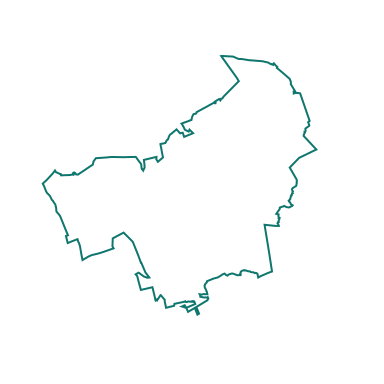 the district of Colón, Querétaro, Mexico, rotated 69°
{"feature_id": "50627088B94679660634187", "entity_name": "Colón", "entity_type": "district", "adm_level": 2, "iso_a3": "MEX", "parent_name": "Mexico", "parent_adm1": "Querétaro", "projection": "mercator", "projection_center": [-100.086, 20.75], "detail": "fine", "context": "isolated", "style": "outline", "palette": "teal", "viewbox_px": 384, "rotation_deg": 69, "n_neighbors": 0, "source": "geoboundaries", "source_scale": "gbopen_adm2", "svg_char_len": 5737}
<svg xmlns="http://www.w3.org/2000/svg" viewBox="0 0 384 384"><g transform="rotate(69 192 192)"><path d="M134.7,59.7L126.9,61.1L124.4,60.2L124.2,60.2L121.3,60.3L113.0,64.7L106.6,68.3L105.8,67.5L103.9,68.5L101.3,69.4L102.4,70.7L101.2,71.5L101.4,71.9L100.2,73.2L98.5,74.4L95.1,79.5L90.7,88.7L90.2,89.7L90.2,89.8L90.1,90.2L89.9,90.4L89.9,90.6L85.5,98.2L84.8,100.2L84.4,100.9L82.9,102.5L81.5,103.9L80.3,105.1L75.9,114.9L75.6,116.0L100.9,109.4L103.6,108.9L105.3,108.6L114.1,128.0L115.0,129.6L115.3,129.8L115.5,130.0L115.6,130.8L115.5,131.3L115.3,131.6L115.4,131.8L115.9,132.1L116.0,132.2L116.5,132.4L116.7,132.7L116.0,132.9L115.2,133.1L114.9,133.3L115.8,138.2L116.2,138.1L116.3,137.9L116.5,137.8L117.0,137.9L117.6,138.3L117.4,138.8L117.1,139.1L117.0,139.3L116.5,139.6L119.1,159.1L119.4,159.2L119.6,159.5L119.8,159.6L120.2,160.0L120.2,161.0L119.9,161.7L119.8,162.3L119.9,162.7L120.7,163.7L121.9,164.9L123.6,166.1L124.5,166.7L124.4,166.9L124.4,167.6L124.5,167.6L124.5,168.7L124.5,170.3L124.5,172.0L124.4,173.6L124.4,175.4L124.4,177.2L124.9,177.0L126.0,176.9L127.7,176.6L131.4,176.3L134.4,173.5L132.9,172.0L137.5,169.9L137.7,179.6L133.4,179.4L133.0,181.0L133.0,182.1L128.0,184.0L130.1,190.1L130.6,192.0L131.8,193.5L134.2,195.5L134.7,197.1L136.7,199.3L136.3,202.0L135.9,204.2L135.9,204.3L137.9,204.7L139.3,204.9L142.5,205.5L144.0,205.8L149.3,206.7L149.9,208.2L150.4,209.8L151.0,211.4L151.6,213.0L149.8,213.4L148.7,213.6L146.5,212.6L144.8,225.4L145.5,225.6L149.6,226.6L152.2,227.5L154.5,229.9L153.0,230.2L153.0,230.3L152.7,230.6L151.2,230.4L148.5,229.6L146.6,229.7L145.1,230.3L140.9,231.4L139.1,231.9L134.9,243.6L130.4,254.7L129.1,259.5L126.0,269.6L128.1,272.9L130.9,274.8L131.7,278.6L132.0,279.8L132.1,280.1L132.4,281.6L132.8,283.1L133.2,284.8L133.5,286.2L133.8,287.7L134.4,290.2L134.9,292.3L134.0,293.9L133.9,293.9L133.4,294.0L132.5,294.2L131.5,295.1L131.5,295.9L131.8,296.3L132.0,296.4L132.1,296.0L132.6,296.0L133.0,296.1L133.4,296.2L133.4,296.5L132.9,296.5L132.5,299.3L132.5,299.6L129.5,308.3L129.1,308.2L128.2,308.1L128.1,308.6L125.8,310.7L125.3,311.3L124.9,311.8L122.8,312.2L124.8,315.3L128.6,323.1L130.7,328.3L133.9,328.0L137.5,328.0L138.7,328.0L140.9,327.7L143.3,326.6L145.0,326.0L145.7,325.9L147.3,325.8L148.9,325.7L150.4,325.0L152.3,324.7L154.6,324.1L158.0,324.5L159.4,324.9L161.3,325.5L161.9,325.5L164.1,324.7L165.9,324.1L167.0,323.8L174.8,323.6L181.4,323.5L187.9,323.3L187.9,325.4L192.5,326.0L195.1,326.3L195.1,324.7L195.0,322.3L195.0,321.3L195.0,320.3L195.0,319.8L195.0,319.3L195.0,318.3L195.0,317.3L195.0,316.9L195.0,315.8L195.5,315.8L196.6,315.9L197.4,316.0L199.8,315.8L200.3,315.9L200.7,315.9L202.5,316.0L210.5,317.6L216.3,318.6L215.1,311.5L215.0,308.0L215.7,302.9L216.0,299.8L216.2,295.9L216.5,285.4L214.6,285.7L214.1,285.7L206.9,282.6L205.4,270.4L216.8,265.3L217.7,265.2L217.9,265.1L231.8,264.9L239.8,265.0L239.8,264.7L250.5,264.3L256.5,262.5L256.0,264.5L255.9,264.5L255.7,264.7L253.8,267.1L248.2,270.7L248.5,273.2L248.7,274.1L250.9,273.3L257.0,274.0L265.1,274.8L266.2,266.9L266.4,265.4L266.7,263.1L268.0,263.2L277.5,264.5L278.0,264.6L278.3,264.6L278.5,264.7L278.9,264.7L279.3,264.8L280.1,264.9L280.4,264.9L280.4,264.1L280.0,263.1L279.5,262.8L279.5,262.7L280.2,262.8L279.7,262.1L279.3,261.5L277.0,258.3L277.0,258.2L278.3,257.7L279.4,257.3L280.6,256.9L282.3,256.3L282.9,256.1L284.0,256.6L290.8,257.7L291.8,249.4L290.1,248.5L291.3,241.1L291.6,239.1L291.9,238.0L291.6,238.0L291.6,237.5L292.2,237.4L292.9,236.3L292.8,234.8L293.8,232.9L294.0,232.4L293.9,231.9L294.4,231.5L294.1,231.2L294.1,230.7L294.4,230.5L294.3,230.1L295.1,229.9L295.1,229.1L297.7,229.1L298.1,238.8L295.1,239.4L295.1,240.4L295.3,241.8L295.3,242.4L298.1,238.9L302.5,238.6L301.2,230.9L308.4,230.9L308.1,229.0L301.0,229.2L300.9,229.2L298.6,216.3L297.9,215.9L297.3,214.9L295.8,215.0L296.0,215.5L295.8,216.2L295.3,216.9L295.0,218.2L292.8,221.8L291.8,221.4L290.2,221.5L291.3,219.6L291.3,218.5L291.6,217.4L291.9,216.9L292.9,214.3L292.3,214.2L290.2,213.9L289.8,214.0L289.7,214.1L289.2,214.0L288.8,214.0L286.7,214.1L286.4,214.2L286.2,214.3L285.4,214.2L284.1,213.9L283.6,213.6L283.3,213.1L283.0,213.0L283.0,212.9L282.3,211.9L281.5,210.4L281.3,210.2L280.7,210.0L280.7,209.8L280.6,207.7L280.6,204.2L280.5,203.3L280.9,199.2L281.0,198.9L281.0,198.3L280.3,194.8L279.9,193.3L279.8,190.9L280.0,190.7L281.8,189.9L281.9,189.7L282.8,188.8L282.4,188.1L282.2,187.4L282.2,187.0L282.3,184.4L282.6,183.5L282.8,183.1L285.9,179.5L287.0,176.5L286.6,176.2L286.2,176.6L285.8,176.6L285.1,175.6L284.3,175.4L283.5,174.0L283.6,171.3L284.3,170.8L284.4,170.0L284.9,169.4L286.2,167.9L286.8,166.4L287.8,165.8L288.4,164.8L288.9,163.5L290.2,162.5L290.2,161.8L290.4,161.3L291.7,160.2L295.6,160.8L295.2,158.5L294.8,150.0L294.9,145.8L277.0,141.9L248.6,136.0L253.3,126.8L254.7,123.4L254.8,123.1L253.0,123.0L251.9,123.4L251.4,123.0L250.9,122.3L251.1,121.8L250.6,121.6L250.2,121.7L249.1,120.7L248.6,120.1L247.8,120.4L247.8,120.1L247.5,119.6L247.1,120.0L245.3,120.0L244.5,119.4L243.9,119.2L243.6,119.8L242.6,121.1L239.3,116.2L238.0,115.6L238.0,113.9L238.2,112.1L238.0,111.0L239.0,110.0L239.9,109.3L241.2,107.0L240.9,103.4L240.5,102.8L239.2,103.8L238.6,104.1L237.0,104.1L235.7,104.8L234.7,104.8L234.1,103.0L233.4,102.8L232.9,102.2L232.2,101.7L231.5,101.3L231.0,100.9L231.1,100.4L230.8,100.0L230.2,100.0L230.0,99.6L229.5,99.3L229.3,98.9L229.3,98.4L228.5,98.4L228.0,98.3L227.7,97.6L225.7,97.8L224.6,97.1L224.2,95.4L223.6,92.5L220.9,90.8L220.2,90.8L220.0,90.5L218.1,89.8L204.2,92.0L198.5,79.7L196.9,60.7L196.6,60.8L179.6,67.7L178.7,67.1L177.0,65.7L176.2,65.4L176.4,65.1L176.6,65.0L175.2,63.8L174.1,63.7L173.4,63.4L172.2,58.8L171.9,58.6L168.4,58.5L167.8,56.7L138.7,55.7L138.0,56.7L137.5,57.8L137.0,58.8L136.7,59.5L136.6,60.1L136.5,61.7L134.5,61.0L134.7,59.7Z" fill="none" stroke="#0f766e" stroke-width="2"/></g></svg>